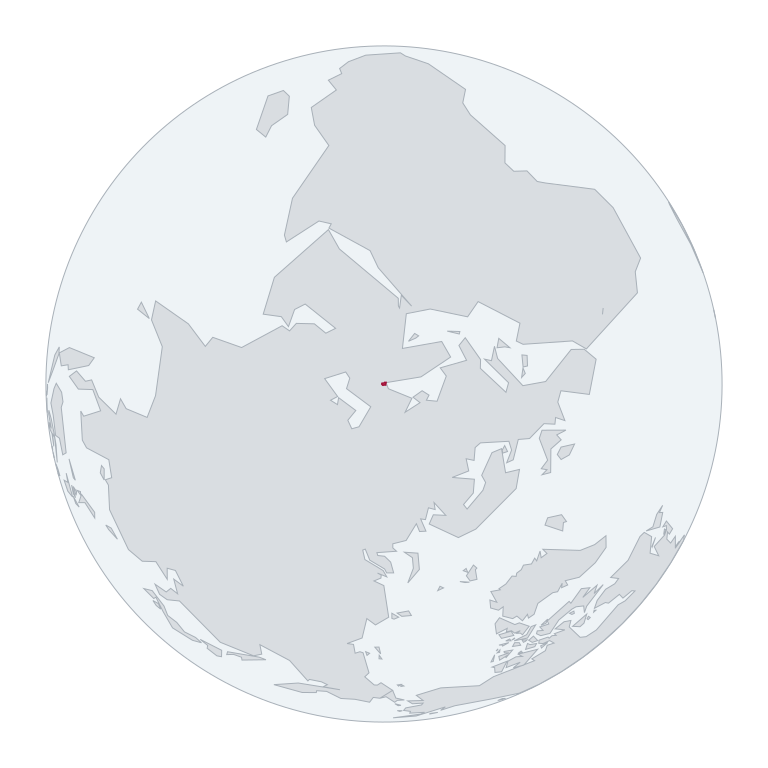 the Earth from above Ajaria, rotated 163°
{"feature_id": "GEO-3027", "entity_name": "Ajaria", "entity_type": "Autonomous Republic", "adm_level": 1, "iso_a3": "GEO", "parent_name": "Georgia", "parent_adm1": "", "projection": "orthographic", "projection_center": [42.09, 41.662], "detail": "fine", "context": "on_globe", "style": "filled", "palette": "rose", "viewbox_px": 768, "rotation_deg": 163, "n_neighbors": 0, "source": "natural_earth", "source_scale": "10m", "svg_char_len": 11321}
<svg xmlns="http://www.w3.org/2000/svg" viewBox="0 0 768 768"><g transform="rotate(163 384 384)"><circle cx="384" cy="384" r="338" fill="#eef3f6" stroke="#a8b0b8"/><path d="M331.7,50.1L332.5,50.1L325.6,51.2L331.7,50.1ZM323.6,51.5L326.4,51.2L338.2,49.6L345.2,48.8L372.1,51.3L410.3,55.6L425.3,55.4L419.7,57.3L450.3,57.1L472.9,62.1L445.4,57.6L441.2,58.2L455.6,61.7L454.4,63.2L460.7,66.1L457.9,67.9L442.0,66.1L439.9,67.4L450.3,69.9L454.0,74.0L439.1,69.9L444.1,76.8L418.6,76.8L381.0,67.6L364.8,72.1L320.9,75.4L323.0,77.9L307.6,81.8L304.3,86.4L297.1,86.5L300.6,90.2L307.8,89.3L311.8,90.8L310.5,93.7L301.1,94.0L300.4,92.6L296.9,94.2L292.8,93.3L294.1,95.4L282.9,96.0L291.9,99.8L281.3,104.0L274.4,103.2L277.9,97.5L270.5,84.4L264.6,83.3L252.8,86.7L224.6,104.4L216.9,106.1L204.5,112.7L207.4,113.9L218.1,109.4L220.4,114.0L233.4,108.8L236.2,110.3L248.3,108.0L243.4,114.7L232.1,122.9L221.7,125.5L216.5,129.4L223.8,132.7L202.2,144.0L183.8,163.3L178.5,166.0L172.7,159.8L179.0,144.4L171.5,139.4L173.1,149.6L160.0,157.4L156.5,161.9L155.4,166.0L159.1,165.9L154.0,170.4L150.3,161.2L155.0,157.0L156.1,159.7L158.9,152.9L156.4,148.1L149.9,153.2L153.0,143.1L148.4,146.9L146.5,147.2L153.6,141.7L140.8,151.9L143.2,146.9L162.1,129.2L182.3,112.9L203.6,98.3L226.0,85.3L249.4,74.1L273.5,64.7L298.3,57.1L323.6,51.5ZM47.8,349.7L47.6,352.2L47.0,358.6L47.8,349.7ZM46.3,397.0L49.7,427.6L55.8,457.1L58.5,472.6L58.6,475.0L52.5,449.3L48.4,423.3L46.3,397.0ZM348.5,48.4L338.5,49.5L328.3,50.8L336.8,49.5L348.5,48.4ZM367.8,48.1L362.7,48.6L359.7,47.8L363.5,47.7L367.8,48.1ZM436.4,55.5L428.5,54.2L436.6,55.0L436.4,55.5ZM462.0,66.2L464.7,66.3L466.8,67.8L462.0,66.2ZM250.2,104.5L249.2,106.2L247.5,105.7L250.2,104.5ZM256.4,102.1L255.0,100.4L257.7,99.0L258.5,100.1L256.4,102.1ZM464.5,72.2L467.1,75.1L461.7,71.8L464.5,72.2ZM257.4,104.7L262.7,96.8L267.5,94.6L274.5,97.1L257.4,104.7ZM466.8,76.5L473.4,84.3L479.8,84.7L465.3,88.5L464.5,80.2L456.9,75.9L463.8,77.6L466.8,76.5ZM310.7,87.8L303.0,88.9L310.6,85.5L310.7,87.8ZM314.6,85.4L332.5,74.3L343.3,74.8L335.1,78.1L350.1,77.1L346.5,82.7L337.5,84.5L331.3,83.0L334.7,86.4L314.6,85.4ZM456.3,89.8L455.5,91.7L453.3,89.4L456.3,89.8ZM314.0,91.2L316.6,88.7L326.2,88.8L322.6,93.9L320.6,92.1L314.0,91.2ZM355.7,74.4L362.2,75.7L361.1,80.5L363.4,81.7L347.4,82.9L355.7,74.4ZM317.8,93.6L320.5,96.6L314.8,99.2L312.0,93.7L317.8,93.6ZM330.1,86.8L334.5,87.2L330.9,88.5L330.1,86.8ZM296.2,111.3L299.1,107.8L304.4,107.4L296.2,111.3ZM321.9,97.5L323.9,96.6L326.2,96.2L326.8,98.7L321.9,97.5ZM347.7,86.4L345.9,88.3L354.2,86.1L353.8,90.0L343.1,90.3L347.5,91.8L347.4,93.1L338.8,92.0L347.7,86.4ZM334.6,100.3L320.9,102.6L314.2,109.0L309.4,109.3L321.0,99.1L334.6,100.3ZM337.8,95.4L334.7,98.4L330.3,97.1L329.7,94.2L337.8,95.4ZM357.3,92.7L360.7,86.7L362.9,86.9L357.3,92.7ZM333.5,102.3L336.8,101.7L333.6,102.9L333.5,102.3ZM350.9,95.8L351.9,93.6L354.4,93.8L350.9,95.8ZM342.7,102.7L338.3,103.4L337.7,101.3L342.7,102.7ZM347.2,99.8L350.4,100.7L340.2,100.2L347.2,98.7L347.2,99.8ZM353.1,96.5L354.9,95.9L352.4,97.4L353.1,96.5ZM347.4,110.6L334.7,110.4L333.4,105.6L346.0,106.4L347.4,110.6ZM113.3,485.6L101.8,429.4L110.9,417.9L115.0,397.1L180.2,358.4L191.2,370.1L239.4,381.3L244.9,386.4L236.2,402.4L269.9,435.3L284.4,423.8L317.9,442.2L342.1,444.7L356.0,412.6L316.4,407.8L312.4,390.3L346.6,380.0L381.6,384.7L381.2,378.2L361.5,362.2L372.1,350.8L355.0,355.6L360.1,362.9L349.5,366.4L344.2,360.2L348.2,356.1L338.3,352.0L322.1,373.4L325.5,383.0L298.1,382.5L301.1,398.9L292.8,404.5L284.5,379.1L287.3,370.8L269.8,340.4L264.5,348.8L280.6,378.4L274.4,374.9L267.3,387.8L267.9,375.2L251.7,341.8L228.7,339.1L194.9,362.3L182.4,358.7L173.9,345.7L190.7,314.0L216.8,325.8L223.1,315.9L221.7,296.1L229.7,301.8L232.3,295.6L242.6,299.3L260.8,289.3L271.8,291.7L282.6,273.7L289.7,272.8L281.3,283.5L281.3,292.7L309.0,299.5L315.4,296.6L320.2,284.6L327.3,288.5L328.4,276.1L346.1,274.7L325.4,266.5L330.5,253.6L343.2,245.5L341.1,240.1L320.5,253.4L315.6,260.1L317.3,268.1L300.8,286.8L290.5,287.8L293.7,263.6L279.4,262.7L288.2,245.4L338.6,218.4L357.8,215.4L381.7,236.9L375.1,244.5L363.3,240.3L370.8,256.0L371.8,249.0L377.7,252.6L384.0,242.2L388.4,244.3L386.9,231.0L393.1,232.5L393.9,240.9L408.6,227.9L422.3,228.6L423.5,224.7L420.9,220.4L440.1,224.8L440.1,221.8L433.8,219.1L429.7,211.7L430.0,200.5L436.7,202.6L437.5,206.9L449.1,219.7L450.2,231.6L452.9,231.4L453.6,221.7L439.4,205.9L437.7,198.7L445.5,205.1L442.5,202.1L443.7,199.3L451.2,198.6L443.1,191.3L447.7,159.6L462.6,156.1L469.0,164.7L479.2,147.5L495.2,146.6L489.3,143.9L490.3,135.0L485.3,135.0L482.6,133.1L482.8,112.2L488.0,109.6L481.4,99.1L478.4,98.0L474.2,99.2L465.3,88.5L479.8,84.7L485.9,87.4L490.8,83.9L504.0,91.0L517.2,95.9L528.7,106.8L538.1,110.4L539.0,108.7L552.4,112.9L577.2,128.7L553.4,123.1L515.5,104.5L530.7,112.3L526.1,113.0L530.9,117.5L541.7,123.3L543.6,122.3L555.1,147.2L578.9,171.0L579.9,161.4L588.2,162.2L616.1,184.9L643.0,236.3L654.4,241.1L660.1,248.5L661.5,259.5L653.1,248.8L647.7,250.9L642.7,243.7L642.1,258.9L635.0,249.3L638.0,266.7L645.2,271.2L648.4,260.6L654.1,280.8L667.0,285.2L676.8,300.4L683.2,344.0L677.1,367.9L678.5,373.9L671.8,374.0L669.3,392.1L687.1,409.9L688.9,418.5L681.9,446.8L680.6,441.0L662.8,441.2L664.1,463.8L677.8,468.5L682.7,483.3L674.2,486.4L668.7,473.9L662.4,473.4L660.7,454.9L649.1,433.5L640.3,446.9L637.8,435.8L620.3,421.3L605.9,439.6L585.1,484.5L587.6,513.3L578.1,530.2L553.5,498.7L543.9,472.2L534.1,478.7L509.5,460.5L464.4,469.5L458.8,462.4L450.1,467.6L433.0,461.9L424.8,449.6L414.0,451.4L436.0,483.5L447.7,481.4L458.6,466.8L462.5,478.4L479.1,486.1L457.6,518.1L392.0,547.9L387.2,526.2L345.3,461.8L347.4,454.5L347.3,453.7L346.9,452.1L341.5,463.8L334.8,450.4L355.5,496.8L358.3,515.6L391.1,549.2L387.6,552.6L398.6,558.9L435.8,548.4L435.7,555.5L417.2,588.4L367.0,628.2L374.7,651.7L372.7,669.7L343.6,679.1L348.4,690.8L333.7,693.2L334.2,698.7L323.7,702.6L305.3,703.8L271.5,695.9L267.6,691.4L248.0,677.3L219.9,641.9L226.5,629.8L222.7,616.1L198.5,576.6L203.7,560.1L197.7,549.5L185.0,546.0L178.3,532.9L170.8,529.0L125.6,508.6L113.3,485.6ZM154.7,386.7L152.2,392.6L154.7,386.7ZM417.1,406.7L439.2,406.5L432.0,385.6L439.9,384.1L434.5,377.9L431.4,384.2L418.7,366.9L429.2,359.9L427.9,350.6L420.4,350.4L403.3,366.1L421.2,390.5L415.0,399.6L417.1,406.7ZM160.2,157.9L160.3,158.8L158.2,163.3L157.1,162.2L160.2,157.9ZM161.3,179.6L153.0,186.5L158.2,180.5L155.0,179.7L162.0,166.6L176.3,166.8L168.6,168.8L161.3,179.6ZM175.3,150.3L169.2,157.9L175.3,149.6L175.3,150.3ZM236.7,260.0L238.9,265.9L233.1,271.9L219.3,270.9L227.5,262.0L236.7,260.0ZM243.4,273.1L250.5,250.6L259.4,251.0L253.2,254.4L258.4,257.0L249.8,263.3L251.4,286.6L246.4,293.6L223.5,286.7L233.7,284.8L230.9,278.8L243.4,273.1ZM252.9,199.1L256.1,191.2L271.3,202.0L266.6,208.2L252.4,207.1L249.7,199.1L252.9,199.1ZM268.8,111.3L269.1,109.0L271.7,108.7L273.6,110.5L268.8,111.3ZM297.1,109.7L270.5,122.0L269.4,119.7L255.1,130.6L246.7,129.0L256.3,121.8L239.1,129.3L244.3,122.2L233.0,128.1L255.1,112.3L259.2,106.8L257.9,113.4L265.5,114.8L270.0,113.8L285.8,107.2L298.2,97.0L307.7,97.5L311.2,100.6L309.6,103.1L303.9,101.8L306.0,106.1L296.6,106.3L297.1,109.7ZM345.9,146.5L339.9,142.3L342.5,154.3L333.0,153.2L333.9,154.6L325.9,157.1L317.7,162.9L313.9,161.4L312.4,164.3L307.0,166.3L303.6,170.0L295.6,168.8L290.8,173.4L289.7,170.2L283.6,178.6L284.5,171.9L277.7,174.3L280.4,179.5L245.0,167.5L229.5,168.8L216.1,174.0L219.4,162.8L234.2,151.3L253.7,142.1L268.2,142.9L267.1,138.1L273.7,137.3L271.8,141.4L278.7,134.6L283.6,135.1L301.0,129.2L307.8,119.9L314.3,117.9L314.1,121.8L320.8,117.1L324.8,123.2L329.5,122.0L338.3,127.3L335.1,136.1L340.6,134.2L347.5,138.6L345.9,146.5ZM349.5,112.2L347.9,122.2L341.9,126.7L329.2,115.7L324.4,116.0L316.0,109.9L324.9,103.7L326.4,105.9L330.0,106.7L325.8,108.3L331.9,107.6L334.2,110.8L339.5,111.2L337.6,114.3L349.5,112.2ZM253.0,381.9L257.6,384.2L265.3,385.6L260.9,394.1L253.0,381.9ZM241.5,359.3L246.0,359.6L243.6,371.5L238.8,369.5L241.5,359.3ZM250.5,350.0L246.4,358.7L245.8,352.8L250.5,350.0ZM285.6,283.3L290.6,283.2L290.3,286.2L286.6,289.8L285.6,283.3ZM351.4,184.7L349.0,180.8L350.9,179.7L352.2,170.0L359.2,170.5L361.3,176.5L351.4,184.7ZM348.1,417.7L339.9,423.4L336.8,419.9L340.2,418.6L348.1,417.7ZM297.4,409.8L308.1,416.1L296.1,412.0L297.4,409.8ZM359.4,183.6L359.0,179.4L362.8,182.3L359.4,183.6ZM364.5,170.4L369.2,172.9L360.2,169.5L364.5,170.4ZM431.6,664.7L410.7,693.4L394.4,694.1L390.4,686.9L397.3,670.0L416.0,663.9L424.9,654.7L431.6,664.7ZM708.5,476.2L710.3,471.1L710.0,472.5L708.5,476.2ZM706.8,478.7L709.5,472.0L705.8,482.4L706.8,478.7ZM710.4,469.4L713.1,460.0L714.3,455.0L713.7,458.0L710.4,469.4ZM704.7,483.4L690.3,508.0L683.7,514.4L686.0,508.0L696.8,493.6L704.7,483.4ZM685.4,508.7L674.2,510.8L653.4,493.8L661.0,488.0L681.7,489.9L680.5,494.8L687.3,495.7L685.4,508.7ZM709.5,450.7L708.1,463.2L700.9,476.1L697.2,480.5L694.7,470.4L696.2,460.8L699.5,456.0L708.1,411.1L711.9,410.2L710.2,427.0L713.1,430.9L709.5,450.7ZM589.3,515.2L597.8,527.6L592.1,533.2L589.3,515.2ZM708.5,385.2L707.1,404.5L707.3,382.2L708.5,385.2ZM706.7,366.7L708.4,371.9L705.7,369.8L706.7,366.7ZM681.3,382.0L678.0,388.6L676.4,384.7L679.7,374.0L681.3,382.0ZM684.3,313.5L689.9,325.4L691.3,330.5L687.0,325.9L684.3,313.5ZM419.4,186.8L409.8,199.2L407.6,209.6L413.7,217.2L401.0,212.3L404.4,196.3L419.4,186.8ZM443.5,162.5L438.1,156.7L443.1,156.2L445.0,157.5L443.5,162.5ZM438.4,161.1L426.8,159.8L425.5,154.6L434.9,156.6L438.4,161.1ZM393.0,170.7L389.6,174.2L386.7,171.6L393.0,170.7ZM721.8,393.1L721.7,394.3L721.8,391.1L721.8,393.1ZM720.1,417.7L719.8,421.1L719.5,421.8L720.1,417.7ZM720.8,412.1L720.4,415.3L720.7,412.0L720.9,409.6L720.8,412.1ZM714.6,429.3L715.4,433.6L718.0,420.9L716.0,433.6L716.7,439.3L715.7,445.5L715.2,438.8L713.4,453.5L712.2,456.9L712.4,448.0L714.2,431.0L715.4,421.9L719.4,404.5L714.6,429.3ZM721.1,403.6L720.7,397.9L720.8,390.7L721.3,392.3L721.1,403.6ZM718.0,385.5L715.1,382.4L714.0,391.7L714.8,366.9L717.7,374.0L718.0,385.5ZM713.2,370.1L712.3,378.7L712.2,365.5L713.2,370.1ZM711.2,376.9L709.4,370.9L711.0,367.6L711.2,376.9ZM714.0,367.6L711.5,355.4L713.7,359.8L714.0,367.6ZM704.7,358.0L710.6,359.8L705.5,366.9L698.2,345.9L699.8,340.4L704.7,358.0ZM668.3,244.5L663.9,239.9L663.4,234.0L666.6,238.8L668.3,244.5ZM657.5,212.6L661.8,231.0L664.5,246.8L666.9,246.2L673.5,258.6L666.1,254.2L659.3,236.0L658.5,225.9L651.9,216.6L647.3,205.3L638.3,196.7L634.2,189.9L642.1,194.9L657.5,212.6ZM634.4,193.5L617.1,176.8L619.1,170.7L623.3,172.9L630.4,183.0L629.0,185.5L634.4,193.5ZM613.5,171.2L611.9,173.7L583.1,159.2L577.5,154.8L600.5,161.5L600.2,164.4L606.9,169.4L613.5,171.2ZM459.2,92.3L455.8,91.7L458.4,90.8L459.2,92.3ZM479.8,133.4L476.5,130.7L479.6,129.4L479.8,133.4ZM469.1,122.7L467.9,126.0L466.4,121.6L469.1,122.7ZM465.7,133.9L466.1,126.9L469.7,135.0L465.7,133.9Z" fill="#d9dde1" stroke="#a8b0b8" stroke-width="1"/><path d="M385.6,385.4L384.8,385.1L384.5,385.1L384.4,385.1L384.2,385.0L383.9,385.0L383.7,385.0L383.4,384.9L383.2,385.0L382.8,385.4L382.7,385.4L382.5,385.2L382.4,385.2L382.1,385.1L381.5,384.9L381.8,384.3L381.9,384.2L382.2,384.0L382.3,383.8L382.5,383.5L382.5,383.4L382.6,383.2L382.6,382.6L383.2,382.6L383.3,382.7L383.4,382.8L383.6,382.9L383.7,383.0L383.9,383.1L384.1,383.1L384.3,383.0L384.5,383.2L384.9,383.1L385.2,383.0L385.3,383.0L385.6,383.2L385.8,383.4L385.8,383.6L385.7,383.7L385.7,383.8L385.8,383.9L385.9,384.0L386.0,384.2L386.1,384.4L386.2,384.5L386.0,384.9L386.0,385.0L385.9,385.1L385.7,385.3L385.6,385.4Z" fill="#f43f5e" stroke="#9f1239" stroke-width="1.5"/></g></svg>